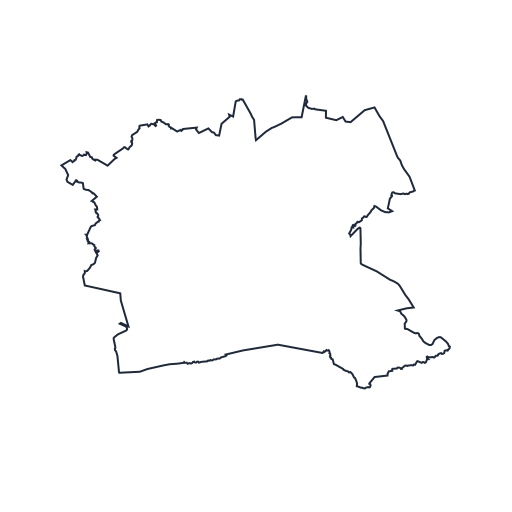 the district of Xichú, Guanajuato, Mexico, rotated 66°
{"feature_id": "50627088B76027952384475", "entity_name": "Xichú", "entity_type": "district", "adm_level": 2, "iso_a3": "MEX", "parent_name": "Mexico", "parent_adm1": "Guanajuato", "projection": "robinson", "projection_center": [-99.986, 21.356], "detail": "fine", "context": "isolated", "style": "outline", "palette": "slate", "viewbox_px": 512, "rotation_deg": 66, "n_neighbors": 0, "source": "geoboundaries", "source_scale": "gbopen_adm2", "svg_char_len": 6093}
<svg xmlns="http://www.w3.org/2000/svg" viewBox="0 0 512 512"><g transform="rotate(66 256 256)"><path d="M417.5,115.8L416.8,116.5L414.6,116.3L411.6,117.1L405.5,120.2L405.0,120.8L404.5,122.1L404.5,124.2L405.4,127.3L408.2,130.5L408.5,132.3L407.8,133.9L404.4,136.6L402.3,137.7L398.0,138.4L395.6,139.2L393.4,138.9L392.7,139.2L392.0,139.8L391.7,141.3L390.7,142.7L384.7,147.1L383.9,147.9L383.4,149.2L382.8,149.5L378.2,147.6L377.1,145.5L376.3,144.8L375.6,144.6L372.6,144.8L370.7,145.3L367.9,146.7L365.2,146.8L363.4,148.8L365.1,139.5L367.2,132.9L357.5,134.2L352.6,135.4L342.0,136.8L339.1,137.6L335.2,140.4L332.1,143.3L319.2,151.9L307.3,162.3L305.8,163.2L305.1,163.2L291.9,157.6L287.2,155.2L273.3,149.4L272.6,149.4L272.1,150.0L272.6,152.2L276.3,161.5L275.1,161.2L273.3,161.7L270.9,158.5L268.7,156.9L269.5,155.7L267.3,155.2L267.1,154.6L267.5,154.1L268.9,153.5L268.6,152.7L267.3,152.4L266.8,150.4L266.1,149.7L266.1,149.1L267.0,148.3L266.6,145.5L266.4,144.8L264.8,144.0L264.5,142.2L263.8,141.3L264.0,140.5L265.2,139.6L265.3,138.8L264.2,137.3L262.5,133.6L261.1,131.8L260.2,128.9L258.5,127.5L259.9,126.1L265.1,123.2L268.4,120.2L270.2,116.9L270.4,113.4L266.1,116.2L258.0,110.3L256.8,107.6L256.2,107.2L255.7,107.7L254.2,106.6L253.4,105.6L253.7,104.4L255.2,103.6L258.3,98.8L258.9,95.8L260.0,95.0L260.4,92.9L261.1,92.4L261.3,91.2L260.4,89.8L261.0,85.8L260.5,85.0L260.7,84.3L246.0,83.5L236.4,85.5L232.4,85.8L227.5,85.4L224.1,86.4L222.0,86.5L184.4,85.0L178.5,86.3L168.5,87.3L167.0,97.4L172.2,115.2L169.6,119.5L164.3,120.2L164.6,127.4L158.1,135.9L151.8,133.0L146.0,142.4L145.2,142.7L144.4,145.0L142.0,147.9L138.8,149.2L137.2,148.3L136.0,146.4L132.7,146.2L130.5,145.2L130.3,145.5L147.8,157.9L144.0,166.6L145.4,179.4L145.6,187.2L145.4,189.4L146.5,196.5L150.2,208.9L148.1,208.4L130.9,202.4L126.6,203.0L124.5,202.9L107.6,204.5L107.4,205.5L106.7,205.8L106.2,206.9L107.0,208.2L106.4,209.9L106.5,211.6L119.3,220.2L115.9,223.1L118.1,223.4L121.2,233.7L131.0,240.7L129.3,243.5L126.2,244.2L124.9,245.9L120.1,247.6L120.4,258.2L115.9,259.3L114.6,257.9L110.3,271.0L111.1,272.2L111.3,273.3L110.2,273.4L110.2,277.4L105.2,280.7L105.0,281.7L104.0,281.5L102.9,282.5L101.5,282.8L100.7,282.2L100.0,282.3L99.0,284.7L96.5,286.1L94.6,287.8L93.0,287.8L91.8,289.8L91.6,291.2L93.4,292.1L93.2,292.5L93.5,294.4L96.2,294.2L96.4,294.9L94.2,295.7L92.6,297.9L93.2,299.6L93.5,299.7L93.9,301.5L91.6,301.7L89.7,309.0L90.1,309.9L92.1,310.5L92.6,311.9L94.3,314.1L95.2,320.0L96.3,321.1L98.2,321.1L99.5,321.7L100.4,322.4L100.2,323.1L101.1,323.6L101.5,323.2L102.6,323.3L103.8,324.0L104.7,325.2L104.9,326.7L106.7,329.3L106.4,329.8L103.1,331.7L103.0,332.4L103.6,333.7L105.4,343.9L105.8,344.9L106.4,345.3L109.6,343.5L109.9,345.9L113.1,354.8L103.6,361.7L102.7,363.5L103.1,363.5L103.4,364.0L102.0,365.1L100.4,366.0L99.0,365.8L98.1,367.1L93.2,367.4L92.3,368.6L93.5,368.9L94.6,370.2L94.5,370.8L93.5,371.8L93.9,372.2L93.9,374.1L91.7,376.2L91.2,376.2L91.2,376.9L91.9,377.1L92.1,377.4L92.3,379.5L93.8,380.6L94.8,381.8L94.6,382.8L95.2,383.3L95.4,383.9L95.2,385.0L95.5,385.4L92.9,386.6L94.1,396.9L99.0,394.8L105.7,394.7L109.1,398.0L111.5,398.1L116.5,394.5L113.6,389.5L114.7,388.8L115.3,389.3L116.9,387.7L117.8,385.8L119.1,384.5L123.7,385.9L124.8,386.0L126.6,384.0L127.7,382.1L130.8,380.2L132.1,379.9L132.0,379.5L133.3,378.6L137.1,377.3L138.9,383.6L139.4,383.0L140.5,382.8L141.2,381.9L144.5,381.8L146.3,381.3L148.9,382.1L148.1,384.0L149.4,384.0L150.3,384.6L151.4,384.2L152.0,384.4L152.4,383.8L154.2,383.5L155.4,384.0L155.7,384.7L156.2,384.9L158.1,384.0L159.1,384.3L159.8,384.0L160.0,385.3L160.6,385.7L160.4,386.4L161.1,389.3L162.3,390.6L161.8,393.9L162.1,395.0L167.8,401.5L167.4,402.6L168.8,402.2L169.6,402.8L172.0,402.7L172.8,402.9L172.3,403.5L174.1,403.6L174.2,403.2L175.3,403.4L175.4,403.0L176.3,403.9L177.3,401.4L178.2,400.4L179.3,400.1L180.1,399.3L181.5,399.7L183.6,399.1L184.4,400.8L187.0,400.8L186.9,399.6L186.3,398.9L186.9,397.7L187.8,397.8L187.9,399.0L188.4,399.8L188.1,400.6L191.0,400.4L192.7,402.8L196.7,405.9L197.4,407.8L197.3,410.2L199.1,412.3L201.0,416.3L200.6,418.4L200.3,418.6L202.0,419.4L202.8,420.5L202.8,421.1L204.4,422.4L213.3,424.4L234.9,395.2L241.7,397.6L268.5,401.2L262.2,406.6L262.5,408.0L267.5,403.5L269.2,403.2L270.7,403.7L271.3,404.8L271.4,413.9L272.6,418.5L273.1,419.4L274.6,420.0L281.4,421.4L282.8,421.9L283.2,422.6L284.6,423.1L286.4,422.6L291.1,423.3L306.7,428.5L307.1,428.3L314.5,409.2L315.1,401.1L318.3,385.1L319.8,378.8L322.4,371.6L324.2,365.5L323.7,364.8L324.6,364.5L325.3,362.7L326.7,362.2L326.7,360.4L327.6,359.5L327.9,358.5L327.7,357.4L327.2,356.8L327.3,355.5L328.0,355.4L328.8,354.4L329.0,353.9L328.6,352.8L329.0,351.8L330.2,351.5L330.5,348.9L332.4,343.4L332.0,342.2L332.6,341.5L332.6,339.8L333.1,339.5L333.6,338.3L333.3,336.7L334.2,334.5L334.0,333.2L334.9,330.8L334.4,329.2L335.1,324.6L334.9,323.6L333.7,323.8L337.0,306.2L345.9,272.1L371.7,234.6L370.7,232.8L371.5,232.4L370.6,229.9L371.3,229.6L371.5,228.5L370.7,228.3L370.8,228.3L372.1,227.7L373.9,227.9L374.6,228.5L375.7,228.0L377.2,228.6L377.5,229.2L378.7,229.4L379.2,229.3L379.4,228.8L380.8,229.0L381.6,228.0L386.5,228.8L387.7,227.5L394.7,222.3L395.4,222.4L397.8,220.3L398.9,218.8L400.2,218.4L400.4,217.0L402.9,216.0L406.8,215.8L407.6,215.2L410.9,215.2L413.5,215.5L416.0,216.9L416.4,216.2L419.0,213.7L419.5,212.5L420.2,212.0L421.3,210.4L421.0,209.5L421.2,207.5L421.5,206.7L422.1,206.2L422.0,205.0L420.7,203.9L419.6,203.8L418.8,204.5L418.4,204.1L414.8,196.9L418.7,184.5L417.0,183.6L415.4,181.6L416.3,178.2L414.8,177.7L414.6,177.1L416.1,173.2L415.5,172.1L416.2,170.5L417.5,169.3L418.2,169.4L418.5,168.8L417.8,168.1L416.8,164.8L417.0,163.5L418.0,162.5L417.9,162.0L418.8,158.8L419.9,156.9L419.3,156.1L420.1,155.0L417.7,151.6L417.9,151.0L421.0,148.1L420.7,146.9L421.2,145.9L422.2,145.4L422.3,144.8L422.0,143.8L419.9,141.8L420.3,140.7L418.4,141.4L417.5,140.9L417.5,140.4L418.2,140.1L419.3,138.5L420.1,135.7L421.2,134.7L421.0,133.6L420.3,132.5L420.9,130.4L419.9,129.4L419.8,128.1L420.0,126.4L421.0,126.1L421.4,125.0L421.2,123.5L419.3,122.2L419.5,120.5L420.3,119.7L420.3,119.1L419.6,118.6L419.4,117.3L418.6,116.3L417.5,115.8Z" fill="none" stroke="#1e293b" stroke-width="2"/></g></svg>